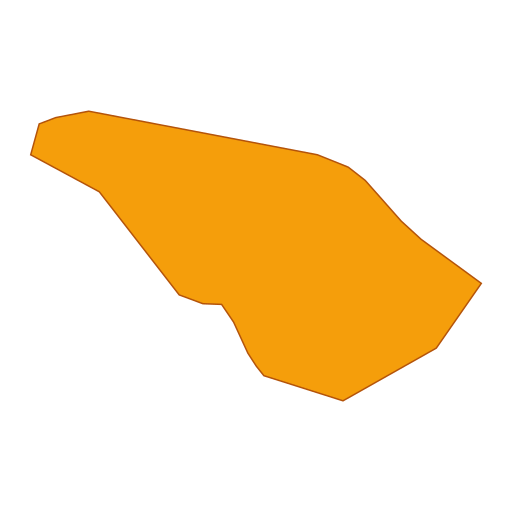 SVG path tracing the border of Žiri
{"feature_id": "SVN-1021", "entity_name": "Žiri", "entity_type": "Municipality", "adm_level": 1, "iso_a3": "SVN", "parent_name": "Slovenia", "parent_adm1": "", "projection": "natural_earth1", "projection_center": [14.104, 46.045], "detail": "fine", "context": "isolated", "style": "filled", "palette": "amber", "viewbox_px": 512, "rotation_deg": 0, "n_neighbors": 0, "source": "natural_earth", "source_scale": "10m", "svg_char_len": 378}
<svg xmlns="http://www.w3.org/2000/svg" viewBox="0 0 512 512"><path d="M88.7,111.2L317.5,154.8L348.3,167.2L365.2,180.4L401.3,221.2L421.1,239.3L481.3,283.4L436.3,348.1L343.0,400.8L263.9,375.7L256.4,366.3L247.9,353.2L233.6,322.1L221.6,304.4L202.9,303.7L179.2,294.9L99.3,191.8L30.7,154.8L39.2,123.9L55.7,117.6L88.7,111.2Z" fill="#f59e0b" stroke="#b45309" stroke-width="1.5"/></svg>